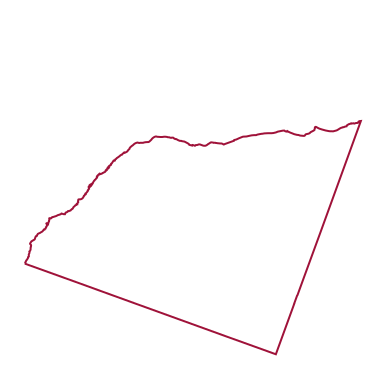 the district of Franklin Harbour, South Australia, Australia, rotated 200°
{"feature_id": "25037944B7803908509786", "entity_name": "Franklin Harbour", "entity_type": "district", "adm_level": 2, "iso_a3": "AUS", "parent_name": "Australia", "parent_adm1": "South Australia", "projection": "mercator", "projection_center": [137.156, -33.602], "detail": "fine", "context": "isolated", "style": "outline", "palette": "rose", "viewbox_px": 384, "rotation_deg": 200, "n_neighbors": 0, "source": "geoboundaries", "source_scale": "gbopen_adm2", "svg_char_len": 5786}
<svg xmlns="http://www.w3.org/2000/svg" viewBox="0 0 384 384"><g transform="rotate(200 192 192)"><path d="M57.6,316.5L58.8,315.9L59.3,315.4L59.6,315.0L59.5,314.4L59.6,314.0L60.4,313.3L61.5,312.9L62.9,311.8L63.8,311.8L64.3,311.4L65.6,311.1L65.8,311.0L65.9,310.6L66.5,310.5L67.2,309.7L67.7,309.5L68.1,309.1L68.7,308.2L69.1,307.8L69.3,307.1L69.2,306.8L69.2,306.6L70.7,305.7L71.6,304.8L72.2,304.6L72.4,304.4L72.6,304.3L72.8,304.0L73.6,303.5L74.5,302.6L76.7,299.8L77.5,299.1L80.1,297.3L83.7,296.1L87.5,295.5L91.4,295.2L94.0,295.1L95.9,295.3L97.6,295.6L98.1,295.5L98.4,295.3L98.6,294.6L98.3,294.1L98.3,292.3L98.2,292.2L98.6,291.4L101.0,288.8L101.6,287.5L102.4,286.7L104.6,285.3L105.0,284.8L105.3,283.6L105.8,283.1L106.3,282.9L109.8,282.0L111.4,282.0L112.9,281.6L115.7,281.3L118.0,281.4L119.7,281.4L122.1,281.6L123.4,281.9L123.5,281.7L123.5,281.4L123.5,281.2L124.2,281.0L125.4,281.0L126.2,281.3L127.7,280.7L132.1,278.0L133.5,276.7L135.8,275.2L137.5,274.4L140.8,273.2L144.1,271.8L145.8,270.8L146.7,270.4L148.9,269.1L150.2,268.3L151.2,267.4L152.8,266.8L155.2,265.7L157.0,264.6L159.8,262.8L162.2,261.8L163.2,261.3L166.2,258.6L167.3,257.5L168.4,256.4L170.1,255.3L170.2,255.0L170.1,254.5L177.8,248.1L178.3,247.5L178.9,247.5L179.6,247.7L180.6,247.7L181.2,247.6L181.9,247.3L184.6,246.6L185.8,246.4L186.4,246.2L187.2,246.2L188.5,245.6L189.0,245.7L191.0,245.2L191.5,244.8L192.9,242.9L193.3,242.5L193.6,241.9L194.5,240.7L195.5,239.9L197.2,239.4L200.1,239.4L200.8,239.4L201.8,239.1L203.0,238.1L203.7,237.7L204.6,237.3L204.8,237.0L205.0,236.5L205.4,236.4L206.3,236.5L207.6,236.4L207.8,236.3L207.9,236.1L207.7,235.8L207.7,235.7L210.6,235.4L210.9,235.5L211.2,235.9L212.6,236.3L216.3,236.8L219.0,236.3L219.3,236.4L219.9,236.3L220.6,236.0L221.2,235.9L223.0,236.0L224.6,236.3L225.4,236.3L225.8,236.0L226.5,236.1L227.3,236.2L227.8,236.5L228.2,236.6L229.0,236.4L229.9,236.0L230.2,235.7L230.5,235.7L231.4,235.6L232.2,235.6L233.3,235.2L234.3,235.2L236.0,234.8L236.9,234.5L239.0,233.4L240.1,233.0L243.6,232.0L244.8,231.9L245.6,231.4L246.4,230.6L247.2,229.5L247.8,228.3L248.1,227.2L249.0,225.4L249.4,224.7L249.9,224.1L252.5,223.0L253.9,222.2L254.8,221.5L255.8,221.1L257.3,220.6L258.4,220.0L260.2,219.8L261.2,219.1L262.1,218.2L262.7,217.4L263.8,215.3L264.2,214.9L265.3,212.9L265.6,211.8L265.5,211.2L266.5,209.0L266.5,208.5L266.8,207.8L268.0,206.4L268.8,205.7L269.0,205.8L268.8,206.0L269.1,206.1L269.4,205.8L269.9,204.7L270.4,203.9L270.6,203.1L271.1,202.8L271.8,202.0L272.4,200.7L273.0,200.0L273.3,199.4L274.3,198.1L274.7,197.0L275.2,196.5L275.3,196.2L275.2,195.6L275.3,195.0L275.6,194.8L276.2,194.9L276.4,194.8L277.2,191.4L277.6,191.0L277.7,190.7L277.4,190.0L277.4,189.8L277.7,189.5L277.9,189.0L278.4,188.8L279.0,187.6L279.0,187.4L278.8,187.3L278.8,186.9L278.7,186.7L279.3,186.6L279.6,186.1L279.5,185.9L278.6,186.2L278.8,185.4L279.1,185.3L279.4,184.8L279.9,184.3L280.0,183.8L280.5,182.8L280.5,182.4L280.2,182.7L279.9,183.3L279.7,183.2L280.2,182.4L280.7,181.0L281.7,180.1L281.9,179.7L282.5,179.3L283.0,178.4L284.3,177.4L284.8,177.2L284.9,177.3L284.9,177.7L285.1,177.7L285.5,176.9L285.1,176.9L285.1,176.7L285.4,176.6L285.7,176.2L286.3,175.3L286.5,174.8L286.3,174.5L286.6,174.3L286.7,174.0L286.2,173.4L286.2,173.2L286.2,172.8L286.6,172.3L287.0,170.7L287.5,170.1L287.6,169.6L287.6,169.3L287.9,168.9L288.0,168.4L288.3,166.7L288.6,166.0L289.1,165.3L289.1,164.8L288.9,164.4L288.9,164.1L289.2,163.5L289.2,163.2L288.9,163.5L289.0,163.1L289.5,162.2L289.6,162.5L289.4,163.1L289.4,163.7L289.8,163.6L290.2,164.0L290.6,163.4L290.5,162.8L290.5,162.7L290.9,161.5L290.8,161.3L290.6,161.4L290.3,160.5L289.8,159.8L290.1,159.2L290.3,158.5L290.5,158.1L290.5,157.7L290.2,158.1L290.2,157.7L290.4,156.7L291.2,154.6L291.1,153.9L291.5,153.9L291.5,153.6L291.7,153.4L291.7,153.0L291.8,152.8L291.7,152.5L291.7,152.3L291.9,151.8L292.3,151.4L292.3,151.1L292.2,150.7L292.4,150.0L292.5,149.3L292.8,148.5L293.6,147.5L294.3,147.0L295.8,146.4L296.2,146.0L296.2,145.8L296.0,144.9L296.0,144.3L295.7,144.0L295.4,143.5L295.7,142.4L296.0,141.8L296.3,141.5L296.3,141.2L296.1,141.2L295.9,141.3L295.7,141.1L296.0,140.9L296.3,140.2L296.8,139.9L297.2,139.4L297.3,138.9L297.6,138.2L297.8,138.0L298.0,137.7L298.2,137.2L298.4,135.7L298.6,135.2L299.1,134.8L299.2,134.4L299.5,134.0L299.8,133.1L301.2,132.0L301.3,131.8L301.9,131.7L302.6,130.3L303.3,129.8L303.7,129.3L303.7,129.0L303.7,128.6L303.9,128.1L303.8,127.9L303.8,127.7L304.9,127.3L307.3,127.1L307.5,126.6L308.0,126.0L308.5,125.7L308.7,125.4L309.9,124.6L311.7,122.7L313.0,121.8L313.5,121.3L314.7,120.6L314.7,120.4L314.9,120.2L315.0,119.9L315.2,119.5L315.6,118.9L316.2,118.7L316.3,118.9L316.5,118.9L317.1,118.5L317.1,118.2L316.8,117.7L316.5,117.0L316.6,116.2L316.3,115.6L316.5,114.5L316.3,113.9L316.4,113.4L316.8,112.8L317.0,113.0L317.2,112.7L317.3,112.4L317.3,112.9L317.4,113.1L317.7,113.1L318.0,112.7L317.6,112.4L317.4,111.9L317.0,111.9L316.9,111.7L316.7,112.1L316.7,112.5L316.3,112.6L316.1,112.1L316.2,111.9L316.6,111.7L316.9,110.6L316.8,110.0L317.2,109.0L317.0,108.8L317.1,108.3L317.1,107.5L317.6,106.9L317.7,106.5L317.7,106.2L318.0,106.0L318.3,106.1L318.5,105.7L318.5,105.4L319.0,104.0L319.5,103.2L320.0,102.7L320.9,101.5L322.0,100.5L322.5,99.9L322.8,98.7L322.7,98.0L322.9,97.5L323.6,97.0L323.7,96.5L323.6,96.0L323.7,95.3L323.6,93.9L323.9,93.2L324.7,92.4L325.0,91.9L326.0,90.7L326.4,89.0L326.5,88.1L326.3,87.8L325.7,87.4L325.2,87.2L324.9,86.7L324.8,86.2L324.8,85.7L324.6,85.4L324.6,84.4L324.1,83.1L324.0,82.2L324.0,81.6L324.1,81.2L324.5,80.5L324.1,79.9L323.9,79.1L324.0,77.4L323.3,75.7L323.4,75.2L323.8,74.7L323.6,74.1L323.6,73.4L323.8,72.7L323.9,72.0L324.3,71.1L324.4,69.6L324.6,68.8L324.1,68.3L323.8,67.5L270.4,67.7L205.8,67.8L110.2,68.0L57.7,68.2L57.7,121.9L57.8,121.9L57.8,122.1L57.8,130.6L57.6,131.1L57.6,135.5L57.6,149.2L57.5,198.2L57.6,316.5Z" fill="none" stroke="#9f1239" stroke-width="2"/></g></svg>